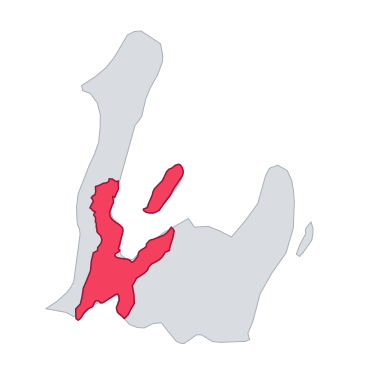 where Ouest sits in Haiti, rotated 99°
{"feature_id": "HTI-1388", "entity_name": "Ouest", "entity_type": "Department", "adm_level": 1, "iso_a3": "HTI", "parent_name": "Haiti", "parent_adm1": "", "projection": "robinson", "projection_center": [-72.52, 18.618], "detail": "fine", "context": "in_parent", "style": "filled", "palette": "rose", "viewbox_px": 384, "rotation_deg": 99, "n_neighbors": 0, "source": "natural_earth", "source_scale": "10m", "svg_char_len": 3855}
<svg xmlns="http://www.w3.org/2000/svg" viewBox="0 0 384 384"><g transform="rotate(99 192 192)"><path d="M328.8,112.0L331.1,115.7L336.0,140.4L336.5,148.4L331.6,160.3L332.3,165.1L342.9,176.1L343.1,180.1L341.9,184.1L332.8,194.6L325.9,201.7L328.1,210.0L333.7,217.8L334.4,224.3L332.7,232.9L324.1,243.6L319.6,247.5L306.7,248.0L305.3,249.5L311.7,260.0L319.0,271.8L330.8,281.0L333.4,289.6L330.6,297.8L330.1,318.0L321.1,308.2L311.1,300.0L305.2,296.8L299.0,294.8L251.6,295.9L246.3,297.3L242.2,299.9L237.8,301.2L224.7,303.7L211.8,304.2L181.5,297.6L169.6,294.2L157.5,292.0L143.7,292.7L129.9,294.7L118.8,299.5L110.6,307.9L109.0,315.7L104.1,317.7L93.0,305.3L82.7,296.4L71.1,289.8L47.2,280.4L42.8,274.6L40.9,267.6L50.6,246.2L61.6,242.3L67.7,241.5L81.3,244.2L94.5,249.1L106.6,252.2L125.3,253.5L135.5,258.8L207.5,266.9L221.1,269.5L226.4,268.6L231.1,265.4L234.9,259.6L239.4,255.3L260.7,254.3L265.2,252.4L268.3,246.3L268.2,240.0L255.7,231.6L236.1,213.1L218.8,191.4L226.3,184.0L223.4,170.6L226.2,158.2L230.3,146.0L213.3,135.6L193.1,125.2L165.1,122.0L156.5,119.3L152.1,111.5L156.1,101.1L165.2,95.3L175.6,91.7L186.2,89.3L211.9,86.3L237.4,89.6L259.5,100.4L281.8,108.8L310.1,111.6L322.9,114.7L328.8,112.0ZM219.5,227.4L217.6,236.1L190.3,225.8L168.3,212.8L169.2,205.8L180.5,204.2L191.3,208.5L207.3,217.1L219.5,227.4ZM234.5,72.8L238.8,75.7L237.2,79.2L226.5,77.0L215.3,73.1L211.7,74.1L209.5,73.6L203.0,69.8L208.7,66.9L214.6,66.0L221.0,66.2L234.5,72.8Z" fill="#d9dde1" stroke="#a8b0b8" stroke-width="1"/><path d="M327.5,239.3L327.3,239.5L325.8,241.3L323.6,245.4L322.2,247.0L318.1,248.6L310.1,246.9L306.1,247.9L304.3,249.4L305.2,251.4L314.9,262.2L315.6,263.4L315.9,265.2L315.3,265.9L314.5,266.4L314.1,267.7L314.7,270.0L316.3,271.0L320.5,272.1L321.4,273.0L323.0,275.6L323.9,276.7L327.9,279.6L333.7,282.0L335.2,283.1L336.2,284.1L336.4,284.4L335.1,286.8L325.7,288.6L320.2,284.8L313.0,284.2L304.0,284.3L294.8,282.0L285.5,279.9L276.4,280.6L267.6,280.0L266.1,278.2L264.8,276.2L261.7,276.5L259.7,275.4L256.9,273.8L253.0,273.6L249.5,275.4L246.9,278.9L245.8,279.8L244.5,279.8L241.9,281.0L239.4,281.4L238.0,281.6L236.8,282.7L234.7,283.0L232.7,283.1L231.4,284.2L230.2,285.4L228.4,285.2L226.7,284.2L226.4,285.9L225.8,287.4L224.5,288.6L223.7,290.3L220.2,289.3L216.6,288.0L214.7,289.2L213.5,290.6L211.2,289.3L210.0,287.4L208.5,287.3L206.8,287.1L204.0,287.8L201.7,288.2L200.4,285.5L198.9,283.2L197.2,280.9L196.4,278.0L194.6,275.9L191.9,275.8L191.7,272.5L193.3,269.4L193.3,268.0L192.7,266.6L200.2,265.1L209.4,267.6L208.9,269.6L210.9,269.1L213.8,268.0L215.6,268.0L217.2,268.8L224.8,270.2L228.9,269.1L231.8,266.4L233.9,262.7L235.7,258.4L238.3,254.9L241.7,254.0L259.5,255.8L260.1,255.5L260.4,254.9L260.6,254.3L261.0,254.1L261.6,254.2L261.9,254.5L262.1,254.9L262.5,255.0L264.7,257.7L265.7,258.4L267.6,257.8L268.5,255.7L268.7,252.9L268.5,245.4L268.7,244.0L269.4,242.4L270.3,241.4L270.7,240.5L270.1,239.0L269.1,238.3L264.3,235.7L262.9,235.4L260.3,235.3L259.1,234.9L256.9,232.9L255.0,230.3L252.9,228.6L250.4,228.9L246.7,226.5L245.8,225.3L244.9,223.0L239.4,213.7L237.9,212.0L235.8,210.1L233.5,208.6L231.7,207.9L230.0,207.0L231.5,204.9L233.3,203.5L240.1,203.8L248.2,205.0L250.7,205.3L253.3,205.2L254.5,207.0L255.5,208.9L258.2,210.1L261.0,211.4L263.9,213.6L266.4,216.5L269.2,220.5L272.7,222.9L276.3,223.9L279.5,226.3L285.9,233.3L294.0,236.3L302.5,233.3L311.1,231.6L314.7,233.0L318.3,234.4L322.8,235.7L326.8,238.3L327.5,239.3L327.5,239.3ZM171.1,215.1L169.1,213.5L168.5,213.0L167.8,211.9L167.1,210.6L166.7,209.3L167.1,207.9L168.4,206.3L170.3,205.0L172.5,204.0L174.7,203.7L177.3,204.0L192.1,210.8L199.4,213.4L207.5,217.9L215.1,221.4L218.2,225.5L219.0,228.2L219.4,231.4L219.1,234.5L217.8,236.9L216.7,237.4L215.9,236.6L215.0,234.4L214.1,233.6L213.2,233.3L210.8,233.2L201.3,230.8L198.1,230.6L194.7,229.6L185.3,223.0L175.8,220.2L173.2,218.4L171.1,215.1Z" fill="#f43f5e" stroke="#9f1239" stroke-width="1.5"/></g></svg>